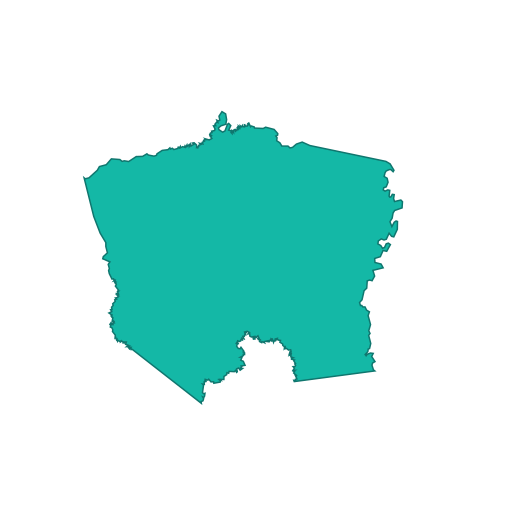 the district of Miraflores, Guaviare, Colombia, rotated 236°
{"feature_id": "7082276B64059951678143", "entity_name": "Miraflores", "entity_type": "district", "adm_level": 2, "iso_a3": "COL", "parent_name": "Colombia", "parent_adm1": "Guaviare", "projection": "albers", "projection_center": [-71.841, 1.327], "detail": "fine", "context": "isolated", "style": "filled", "palette": "teal", "viewbox_px": 512, "rotation_deg": 236, "n_neighbors": 0, "source": "geoboundaries", "source_scale": "gbopen_adm2", "svg_char_len": 6126}
<svg xmlns="http://www.w3.org/2000/svg" viewBox="0 0 512 512"><g transform="rotate(236 256 256)"><path d="M317.5,362.4L324.6,358.0L326.2,352.1L325.6,347.0L326.6,344.6L329.2,344.0L332.7,338.9L336.5,339.1L340.0,337.6L342.3,339.6L344.4,339.5L344.1,341.5L345.3,342.5L350.8,341.8L357.4,336.0L357.7,333.3L362.9,326.3L364.0,326.7L366.4,324.8L366.2,323.8L370.3,324.4L370.3,323.3L368.8,323.4L369.4,322.1L368.6,321.5L369.5,319.9L371.7,320.2L369.5,318.7L370.8,317.2L371.8,317.8L371.3,316.0L372.9,315.7L371.5,314.6L373.2,314.2L371.7,313.7L373.3,313.2L372.8,312.0L371.4,313.2L370.7,312.1L371.5,311.5L370.9,310.4L372.1,309.8L370.2,308.3L372.7,309.1L372.9,307.3L371.0,306.4L373.2,306.0L370.9,304.6L372.4,304.3L373.7,305.5L375.6,303.7L378.2,308.0L381.2,307.5L381.2,306.1L377.1,300.3L377.3,297.6L381.4,295.9L383.2,296.5L383.5,299.8L382.1,304.6L385.5,307.9L390.8,310.3L394.7,308.5L392.6,303.5L388.9,302.0L389.1,300.3L390.4,299.5L388.0,299.0L389.0,298.3L388.2,295.6L386.6,295.5L387.7,293.5L384.2,293.1L383.2,291.8L384.3,289.0L382.9,288.5L383.4,287.0L382.5,285.4L381.3,285.1L381.6,286.1L380.5,286.5L380.2,285.1L378.1,285.1L378.4,282.1L381.5,279.5L380.4,279.7L381.3,278.3L381.1,277.2L380.1,277.4L380.3,274.9L378.6,274.6L380.9,272.3L379.3,272.5L379.8,270.5L378.2,268.2L378.8,267.6L378.9,268.7L379.5,267.8L381.3,268.8L384.5,268.0L385.1,266.6L383.4,266.8L383.5,263.6L385.4,264.4L384.2,262.0L385.7,262.8L385.4,260.4L386.7,260.9L385.5,258.6L387.0,258.7L386.2,257.5L387.7,256.3L388.0,253.8L389.1,254.4L388.5,252.8L389.7,252.4L388.9,251.2L390.2,247.4L392.1,246.9L392.5,244.9L393.8,245.1L393.4,242.4L396.0,237.3L396.1,231.1L395.1,229.8L395.8,227.3L399.9,223.2L401.7,222.7L402.0,217.7L405.4,212.3L405.5,203.3L408.6,200.0L409.3,197.9L412.1,197.1L417.4,190.4L415.4,182.9L417.7,176.2L415.8,172.4L414.2,161.2L415.5,157.6L416.9,157.2L379.5,143.6L362.1,139.6L351.1,139.0L347.8,136.8L341.7,134.6L340.9,129.1L339.4,127.4L332.8,131.6L331.7,128.8L327.6,127.4L326.4,125.7L323.4,124.5L317.4,123.7L316.8,125.1L315.7,125.1L315.9,124.3L315.1,125.3L314.9,124.5L314.6,125.6L313.7,124.6L313.1,125.0L313.3,124.2L312.3,124.1L312.6,124.9L310.4,124.2L309.7,122.6L304.8,122.9L304.0,121.4L303.6,122.2L303.4,121.1L301.6,120.8L302.5,119.6L301.2,119.9L301.6,118.9L299.9,119.6L300.3,118.7L299.6,119.3L299.3,118.3L298.8,119.0L299.8,116.0L298.2,116.3L298.7,114.4L297.1,113.9L296.5,110.5L294.9,110.0L294.3,107.6L292.1,106.7L292.8,105.5L290.5,105.3L291.0,102.2L288.5,103.2L287.6,102.6L287.6,103.5L285.9,102.3L284.9,102.8L282.1,100.1L281.9,101.6L281.1,101.7L281.1,100.9L279.8,101.1L280.4,99.3L279.1,99.1L280.0,97.8L281.6,98.1L281.0,96.6L279.7,96.8L278.6,95.5L277.1,96.4L274.8,96.0L273.7,94.8L269.1,95.1L266.8,93.3L266.8,94.1L264.5,93.5L264.7,94.3L262.8,93.6L263.2,94.4L261.2,95.3L261.1,96.4L260.5,95.8L260.5,97.1L258.9,98.0L258.4,97.2L257.5,98.2L258.2,98.9L257.2,100.4L255.7,98.5L253.4,100.2L253.2,98.2L252.1,100.3L251.9,99.0L250.7,99.1L251.3,99.7L250.2,101.2L249.6,98.7L249.2,100.7L248.2,100.2L247.8,101.2L164.4,128.3L166.0,129.1L165.6,131.0L167.0,132.8L168.9,133.0L167.9,133.6L168.5,134.9L170.7,136.9L171.0,135.7L172.6,135.2L178.3,140.3L179.7,140.1L178.5,141.4L180.6,142.6L179.9,144.4L180.6,144.8L180.9,143.8L182.2,144.9L180.0,146.7L180.3,147.9L176.8,148.3L175.4,150.5L174.1,149.9L171.5,155.8L172.3,156.7L173.5,156.4L172.6,157.3L173.9,157.1L171.6,160.3L174.1,162.1L174.0,165.3L175.5,166.7L174.1,167.8L175.4,169.2L172.2,173.4L172.6,175.1L170.4,174.8L170.5,175.8L173.3,176.9L172.9,178.9L170.2,179.0L170.3,181.9L171.8,180.2L172.2,182.2L173.1,182.2L171.5,185.8L175.8,186.6L178.1,185.1L179.9,187.8L180.8,186.6L180.5,189.6L180.9,190.6L182.1,190.2L180.8,191.5L182.1,192.4L183.6,191.7L183.8,192.7L188.7,192.5L188.0,191.0L189.3,189.6L192.0,189.5L193.4,191.0L193.2,192.3L194.1,192.4L194.7,191.0L195.2,191.9L194.4,192.4L195.9,193.4L194.3,194.6L194.2,196.0L195.1,197.0L195.8,196.6L194.1,197.7L195.7,198.3L194.0,199.7L196.7,200.2L196.0,201.5L197.2,202.8L196.6,203.3L199.4,204.0L199.1,204.9L198.2,203.8L197.7,204.0L198.5,206.6L195.6,208.2L196.4,207.2L195.9,205.8L195.2,207.3L193.0,206.1L191.4,206.9L190.4,209.2L190.0,207.9L188.5,207.4L187.8,208.7L189.2,209.2L189.2,210.5L188.4,210.5L188.8,213.0L185.9,212.5L186.6,211.4L185.3,211.2L184.1,212.6L183.1,211.1L181.0,212.3L181.7,213.1L179.4,214.5L180.4,214.6L180.1,216.0L177.5,218.9L177.8,219.7L178.8,219.0L178.1,220.6L178.8,221.8L176.3,221.2L178.8,223.3L174.7,222.3L175.4,223.1L174.8,224.7L176.5,225.6L176.1,226.6L175.9,225.5L175.4,226.4L174.5,225.9L175.5,227.4L173.7,227.6L172.3,229.1L171.2,227.6L168.1,228.9L166.8,228.2L164.9,228.9L163.5,227.8L163.9,229.1L162.8,228.3L162.3,229.6L159.8,230.4L158.9,232.3L157.4,231.8L157.7,230.8L156.4,229.2L156.6,230.9L155.6,230.9L154.9,228.7L154.6,229.9L153.0,228.5L150.9,229.9L151.5,228.3L150.6,227.7L148.3,229.8L147.9,228.7L144.7,228.6L144.8,227.8L143.1,227.6L142.6,226.5L143.5,224.9L141.5,225.1L140.6,222.9L139.5,224.4L139.7,222.6L138.5,223.3L137.9,221.8L133.6,223.0L134.9,221.8L131.2,221.2L131.7,219.7L130.6,219.2L131.8,217.8L130.5,217.5L94.3,290.2L96.0,289.7L100.7,291.1L102.1,292.8L101.9,295.6L108.0,295.7L109.7,298.7L111.6,296.6L112.3,293.3L111.7,291.5L113.3,291.4L114.2,295.2L116.1,297.0L115.8,298.4L119.3,302.2L127.2,305.0L128.0,307.2L131.0,307.7L135.1,312.6L143.9,315.6L146.3,318.8L149.3,317.4L152.8,317.9L154.0,316.1L155.9,316.0L156.5,314.9L159.5,315.8L160.4,319.4L166.8,326.2L167.4,329.8L173.2,334.3L172.5,336.8L170.6,338.4L173.0,343.1L178.7,344.9L175.1,354.8L179.4,355.2L184.1,351.0L187.6,353.0L185.9,358.7L189.5,364.4L186.8,367.0L190.3,373.8L192.7,372.9L193.3,370.8L191.2,367.3L191.7,365.2L194.9,365.3L197.9,363.8L200.1,365.9L200.1,369.4L197.7,371.1L197.0,373.4L200.5,379.1L196.5,379.4L194.8,380.9L199.1,388.1L205.5,392.6L206.7,391.7L206.7,389.5L204.4,385.1L209.5,386.2L211.2,390.0L215.0,393.7L216.2,396.4L214.2,404.0L219.1,407.8L221.4,407.4L223.7,401.3L226.7,402.2L229.6,404.9L230.9,403.5L229.6,400.8L230.0,399.8L231.2,399.8L235.6,403.6L237.1,402.2L237.6,399.3L239.6,398.4L241.2,400.1L240.5,402.6L243.3,406.7L247.1,408.2L250.3,406.7L252.9,409.6L253.7,411.5L253.1,414.8L252.3,416.1L249.2,416.8L249.9,418.3L257.4,418.7L261.8,416.6L317.5,362.4Z" fill="#14b8a6" stroke="#0f766e" stroke-width="1.5"/></g></svg>